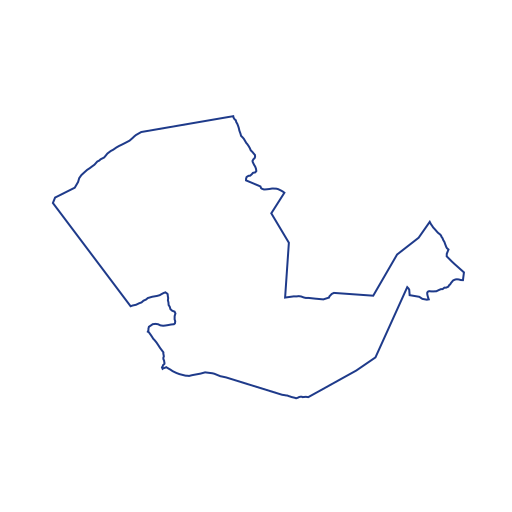 Santa María Sola, Oaxaca, Mexico (Equal Earth projection), rotated 98°
{"feature_id": "50627088B10783162199748", "entity_name": "Santa María Sola", "entity_type": "district", "adm_level": 2, "iso_a3": "MEX", "parent_name": "Mexico", "parent_adm1": "Oaxaca", "projection": "equal_earth", "projection_center": [-97.028, 16.567], "detail": "fine", "context": "isolated", "style": "outline", "palette": "blue", "viewbox_px": 512, "rotation_deg": 98, "n_neighbors": 0, "source": "geoboundaries", "source_scale": "gbopen_adm2", "svg_char_len": 3548}
<svg xmlns="http://www.w3.org/2000/svg" viewBox="0 0 512 512"><g transform="rotate(98 256 256)"><path d="M365.8,154.5L355.5,140.8L339.8,123.6L318.0,117.2L265.8,101.9L266.9,100.5L268.0,99.6L273.4,98.4L273.6,91.4L273.7,88.6L275.3,85.3L275.4,82.9L275.5,80.8L274.9,78.9L272.5,80.1L270.8,80.8L269.6,81.2L268.3,81.3L267.3,80.7L266.7,79.6L266.7,78.3L266.6,77.1L266.4,75.6L266.1,74.0L265.8,72.5L264.2,70.1L263.1,68.3L262.8,66.6L261.1,65.0L260.9,63.4L260.3,62.4L259.6,61.3L258.2,60.8L257.1,59.8L255.3,59.0L254.4,58.4L252.9,57.5L252.5,57.0L251.5,55.3L251.1,53.9L251.0,52.0L251.3,49.7L251.1,47.7L243.3,47.8L236.5,58.0L234.2,61.3L229.8,67.1L227.3,67.4L222.8,66.3L221.7,68.0L220.5,68.9L219.4,69.5L217.8,70.4L216.0,71.3L214.0,72.9L212.5,73.7L210.9,75.2L210.1,75.5L209.1,76.6L207.7,79.0L206.9,80.0L204.8,82.4L203.0,84.6L201.6,85.8L200.0,87.3L198.0,88.7L215.3,97.5L234.9,116.5L279.0,134.4L281.7,173.7L283.0,175.7L285.8,177.7L287.0,177.9L289.6,183.3L290.0,191.6L290.2,198.2L290.6,200.9L290.4,203.0L289.8,205.7L289.8,208.1L290.4,210.3L290.7,212.9L293.1,221.4L238.3,225.3L211.6,246.8L189.4,236.7L188.5,238.3L187.7,240.3L186.7,243.4L186.5,245.3L186.9,249.3L187.8,252.1L188.7,255.7L189.0,257.4L188.6,259.4L188.1,260.4L186.5,261.3L182.5,276.4L180.8,276.6L179.1,276.3L178.3,275.4L177.6,274.5L177.3,273.0L175.7,271.6L174.1,270.6L173.3,268.4L171.8,267.5L169.5,268.2L167.5,269.3L166.1,270.5L163.6,272.2L162.4,272.7L161.5,272.4L160.5,272.0L159.3,271.0L157.9,270.7L156.1,271.1L154.9,272.5L153.5,274.0L152.1,275.9L150.1,277.1L148.4,278.4L146.3,280.3L145.5,281.3L141.6,284.4L140.3,285.9L139.1,287.5L137.0,288.4L134.2,289.9L131.8,290.8L130.3,291.5L127.9,292.8L126.1,294.2L124.4,294.9L123.7,296.1L122.7,297.0L121.9,297.6L121.0,297.9L120.7,298.0L149.2,386.9L152.9,391.7L154.4,393.1L156.3,394.6L159.4,397.3L162.4,401.5L164.7,404.8L166.0,406.8L168.0,409.4L169.7,411.2L170.7,412.3L172.2,414.4L175.2,417.4L177.7,418.9L179.6,420.1L181.9,423.4L183.3,424.5L184.5,426.3L188.1,428.7L190.0,430.7L192.3,433.0L194.2,435.2L196.8,437.4L200.2,440.2L203.5,441.9L207.5,442.5L213.6,445.0L226.1,463.1L231.8,464.5L323.2,373.2L322.2,371.3L321.0,368.0L319.1,365.2L317.9,362.9L315.9,361.2L314.4,358.8L312.7,357.3L310.8,353.1L309.3,348.4L308.2,345.9L307.0,344.4L305.4,342.2L305.0,341.3L304.6,340.7L305.8,338.4L306.7,338.0L307.8,337.8L309.9,337.1L312.0,337.1L314.3,336.2L316.7,335.7L318.2,334.4L320.6,333.3L321.9,331.3L322.4,328.9L324.1,327.8L326.8,328.2L330.0,327.8L330.6,327.5L331.9,326.9L334.0,326.9L335.0,327.8L335.2,328.7L335.7,330.7L336.6,333.3L337.4,335.9L338.0,338.2L338.0,341.0L337.2,343.5L337.2,346.1L337.9,348.8L339.5,350.5L341.0,352.2L342.9,352.4L344.5,352.2L346.0,352.6L346.5,351.3L347.4,350.6L348.6,349.4L350.4,347.8L352.3,346.2L353.2,345.0L354.1,344.0L355.5,342.5L356.5,341.6L360.5,338.1L363.4,335.2L364.3,334.3L365.5,334.2L366.9,333.7L368.2,333.3L369.8,333.6L371.1,333.3L372.3,332.5L373.7,332.1L374.8,331.7L375.3,331.7L375.6,331.7L377.1,332.9L378.1,333.0L379.4,333.6L380.7,332.8L380.2,332.3L379.4,330.7L378.6,329.4L378.8,329.0L379.8,326.6L380.2,325.5L380.5,324.8L381.6,322.6L382.0,321.4L382.7,319.2L383.0,318.2L383.2,317.2L383.6,315.5L384.3,309.2L384.1,306.8L384.1,305.6L383.1,303.2L382.7,302.1L380.2,294.6L378.3,290.2L378.2,282.9L378.4,280.9L380.0,274.6L380.1,272.8L380.4,268.7L384.0,246.6L389.8,210.8L389.8,208.5L389.9,206.8L389.8,205.6L390.2,204.0L390.4,202.6L390.7,201.3L390.9,199.1L391.0,197.9L391.3,196.5L390.5,194.8L389.8,193.9L389.2,192.5L389.0,191.0L389.3,190.3L388.8,188.3L388.5,187.0L388.5,184.6L384.2,178.9L365.8,154.5Z" fill="none" stroke="#1e3a8a" stroke-width="2"/></g></svg>